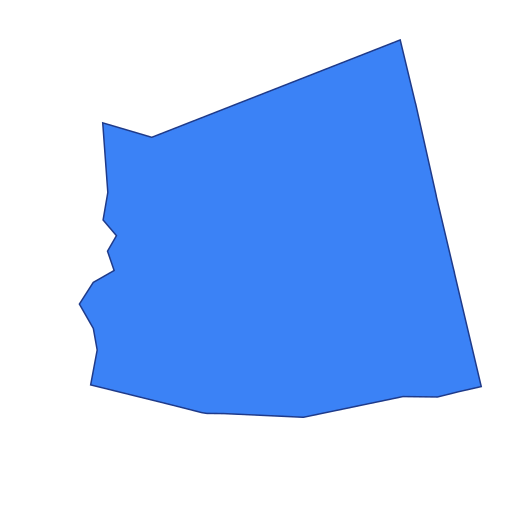 outline of Warren, North Carolina, United States of America, rotated 77°
{"feature_id": "52423323B14296787713089", "entity_name": "Warren", "entity_type": "district", "adm_level": 2, "iso_a3": "USA", "parent_name": "United States of America", "parent_adm1": "North Carolina", "projection": "equal_earth", "projection_center": [-78.081, 36.374], "detail": "fine", "context": "isolated", "style": "filled", "palette": "blue", "viewbox_px": 512, "rotation_deg": 77, "n_neighbors": 0, "source": "geoboundaries", "source_scale": "gbopen_adm2", "svg_char_len": 528}
<svg xmlns="http://www.w3.org/2000/svg" viewBox="0 0 512 512"><g transform="rotate(77 256 256)"><path d="M311.0,66.5L238.2,66.9L237.9,66.8L143.7,66.2L142.7,66.3L77.9,66.9L116.9,330.9L91.8,375.4L160.8,386.1L186.5,396.9L204.8,387.4L217.9,399.6L238.2,397.5L245.1,420.5L263.1,438.9L290.0,430.8L311.9,431.9L344.4,446.1L382.3,371.4L396.4,344.1L398.3,339.4L402.3,322.8L423.8,246.1L426.0,144.5L434.2,110.8L433.9,93.7L433.8,89.3L433.9,65.9L317.1,66.5L316.7,66.4L311.0,66.5Z" fill="#3b82f6" stroke="#1e3a8a" stroke-width="1.5"/></g></svg>